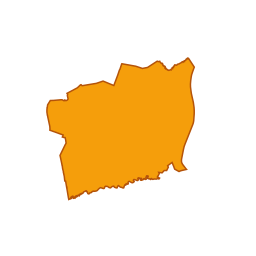 Dobeles pag., Dobele, Latvia (Albers equal-area conic projection), rotated 324°
{"feature_id": "27541924B40989782476416", "entity_name": "Dobeles pag.", "entity_type": "district", "adm_level": 2, "iso_a3": "LVA", "parent_name": "Latvia", "parent_adm1": "Dobele", "projection": "albers", "projection_center": [23.259, 56.68], "detail": "fine", "context": "isolated", "style": "filled", "palette": "amber", "viewbox_px": 256, "rotation_deg": 324, "n_neighbors": 0, "source": "geoboundaries", "source_scale": "gbopen_adm2", "svg_char_len": 5486}
<svg xmlns="http://www.w3.org/2000/svg" viewBox="0 0 256 256"><g transform="rotate(324 128 128)"><path d="M160.8,72.4L160.5,72.5L155.9,75.8L155.1,76.1L150.9,79.1L141.5,85.3L135.4,75.4L128.4,73.2L127.7,72.8L115.7,66.8L115.5,65.5L114.8,65.4L114.8,65.2L113.5,65.3L112.7,65.5L110.5,65.7L99.0,64.1L98.9,65.4L98.0,66.1L96.6,69.3L95.5,69.7L94.7,69.6L93.8,69.4L93.4,68.2L92.3,68.4L91.3,66.5L90.6,65.9L84.1,62.0L81.3,60.1L76.6,62.0L74.5,64.2L74.4,64.1L73.8,64.8L73.2,65.5L71.8,67.4L70.3,70.2L70.4,70.3L69.7,71.7L65.7,80.7L64.6,82.5L63.5,83.9L71.4,95.5L70.7,96.1L69.6,96.7L70.6,98.1L71.5,98.8L70.6,100.9L69.0,103.9L67.4,104.6L56.9,110.2L53.5,117.8L52.6,119.7L52.7,119.8L51.5,121.9L50.8,123.5L50.0,125.5L49.8,125.6L48.0,129.7L45.7,133.7L46.3,134.3L43.5,139.9L43.7,140.0L43.4,140.5L43.3,140.4L38.8,149.4L38.1,151.0L39.0,151.1L38.9,151.2L39.8,151.5L40.1,151.4L40.5,151.6L40.7,151.2L40.7,150.8L40.8,150.7L41.0,150.7L41.0,150.9L41.1,151.1L41.4,150.5L41.7,150.4L41.8,150.5L41.9,150.8L42.2,151.0L42.6,150.9L42.7,150.6L42.8,150.5L43.2,150.6L43.4,150.8L43.4,151.0L42.6,151.2L42.4,151.5L42.4,152.0L42.6,152.3L42.5,152.8L42.8,153.0L43.6,153.1L43.9,153.6L44.2,153.4L44.3,153.1L44.1,152.8L44.1,152.5L44.9,152.5L45.3,153.0L45.3,153.3L45.7,153.5L45.8,153.5L45.8,153.3L45.6,152.7L45.8,152.4L46.2,152.4L46.3,152.5L46.7,152.6L46.9,153.3L47.0,153.5L47.4,153.4L47.5,153.3L47.4,153.3L47.1,153.2L47.3,153.0L47.8,153.1L48.0,153.3L48.2,153.2L48.3,153.4L48.6,153.6L48.6,154.2L49.3,154.0L49.6,153.4L49.8,153.2L50.1,153.3L50.2,153.5L50.6,153.5L50.7,153.8L51.1,153.5L51.3,153.9L51.6,153.9L51.7,154.1L52.1,154.1L52.5,153.8L52.7,154.1L52.8,154.2L53.5,154.2L54.1,153.8L54.7,153.7L56.3,154.0L56.8,154.0L57.3,154.2L57.4,154.4L57.0,154.9L57.0,155.1L57.5,155.6L57.3,156.4L57.0,157.2L57.0,157.5L57.2,158.0L57.8,158.3L58.1,158.4L58.6,158.0L58.8,158.0L60.0,158.6L60.7,158.6L61.5,158.4L62.2,158.5L62.3,158.7L63.0,158.8L63.4,159.3L64.4,159.9L65.6,160.4L66.4,160.5L67.8,160.2L69.2,160.0L70.6,160.1L70.9,160.3L72.3,162.3L72.9,162.8L73.2,162.8L73.8,162.6L74.8,161.9L75.4,161.9L75.7,162.0L77.0,163.2L77.3,163.8L77.7,165.1L78.6,166.1L79.0,166.2L79.8,166.0L80.7,166.0L81.8,166.4L82.3,166.7L82.2,167.9L82.3,168.1L82.5,168.4L83.1,169.3L83.7,169.9L84.1,170.0L84.8,169.4L85.5,169.0L85.9,169.1L86.3,168.9L86.5,169.0L86.6,169.7L87.1,171.4L87.9,172.2L88.4,173.2L89.2,173.9L89.5,173.9L90.3,173.1L91.5,172.5L91.9,172.2L92.4,172.3L92.6,172.8L93.0,172.8L93.2,172.7L93.4,172.2L93.5,172.1L93.8,172.0L94.5,173.0L94.8,173.3L95.4,173.3L95.5,173.2L95.7,172.6L95.9,172.2L96.8,171.7L97.5,171.8L97.8,172.1L98.9,174.4L99.4,174.9L99.9,175.1L101.1,175.1L101.5,175.0L101.6,174.7L101.5,173.6L101.6,173.4L102.3,173.1L102.6,173.2L103.0,173.6L103.7,174.5L104.2,175.5L104.5,175.8L104.8,176.1L105.1,176.2L105.6,176.1L105.8,176.0L106.1,175.5L106.2,174.7L106.4,174.5L106.7,174.4L107.5,174.6L107.7,174.9L107.5,175.5L109.1,176.4L109.2,176.6L109.2,177.0L108.7,177.3L108.4,177.3L107.9,177.0L107.6,177.0L107.5,177.4L107.7,177.8L108.3,178.3L108.7,178.4L109.1,178.3L109.5,178.6L110.1,178.7L110.7,178.3L111.0,178.3L111.4,178.5L111.6,178.7L111.7,178.9L111.5,179.4L111.7,179.7L112.2,180.0L112.9,180.1L113.3,180.0L113.5,179.7L113.5,179.4L113.3,178.9L113.3,178.7L113.7,178.4L114.3,178.1L114.8,177.7L115.1,177.7L115.9,178.4L116.0,178.7L115.8,179.1L115.3,179.1L115.0,179.3L114.6,180.3L114.6,180.7L115.0,181.5L115.5,181.7L115.7,181.9L115.8,182.6L116.1,183.0L116.4,183.0L116.8,182.5L117.1,182.5L117.4,182.8L117.4,183.2L117.6,183.8L117.9,184.2L119.1,184.6L120.9,186.0L121.8,186.3L123.1,186.2L123.2,186.4L123.2,186.6L122.9,186.9L122.8,187.0L123.0,187.4L123.4,187.4L124.1,187.1L123.0,184.9L125.5,183.8L126.5,183.2L126.8,182.8L126.7,182.6L126.8,182.0L129.2,184.3L132.3,183.7L134.3,185.1L137.6,183.4L137.9,181.8L143.4,181.8L142.5,185.5L141.6,188.7L142.5,190.7L143.7,193.2L145.2,193.5L146.8,194.1L151.0,195.9L150.9,194.7L150.8,189.4L151.1,187.6L151.6,186.5L152.4,185.4L153.1,184.6L160.2,178.0L162.5,176.0L164.7,174.5L182.4,163.3L183.9,162.2L185.3,160.9L190.0,155.3L191.9,152.7L193.5,150.2L195.9,145.7L199.5,137.4L200.7,135.1L202.7,131.5L204.3,129.2L206.6,126.5L209.2,123.8L210.8,122.3L214.0,120.0L217.4,117.7L217.9,107.3L217.4,107.3L217.4,107.2L217.2,107.1L217.3,106.9L217.3,106.5L217.2,106.4L216.6,106.6L216.1,106.8L215.8,106.5L215.2,106.6L214.8,107.0L214.4,107.1L214.1,107.1L213.8,106.9L213.5,106.9L213.1,106.7L212.8,106.7L212.6,107.3L212.3,107.1L212.1,107.0L211.4,107.1L211.5,106.8L211.4,106.6L211.1,106.4L210.3,106.3L209.1,106.4L207.5,106.1L206.8,106.1L206.3,105.8L205.4,105.5L204.4,105.8L204.1,105.7L203.3,104.7L202.9,104.4L202.4,104.6L202.2,104.9L201.4,104.9L201.1,105.3L200.7,105.2L200.4,105.3L200.5,105.5L200.4,105.6L200.2,105.4L199.7,105.6L199.4,105.4L199.4,105.2L199.2,105.2L199.1,105.5L198.9,105.6L198.7,105.9L198.7,106.1L198.4,106.0L198.1,105.8L197.3,105.8L197.0,105.9L196.9,106.2L196.6,105.9L195.7,105.6L195.2,105.5L194.9,105.4L194.7,105.2L194.5,104.5L194.0,104.2L194.1,103.8L194.0,103.6L194.0,103.3L194.0,103.2L193.6,102.7L193.8,102.2L193.8,101.8L193.5,101.5L193.2,101.7L193.2,101.3L193.1,101.1L193.3,100.9L193.8,101.1L193.9,100.7L194.1,100.4L194.1,100.0L194.0,99.9L194.0,99.6L193.6,99.3L193.6,99.2L193.4,99.1L193.3,98.9L193.5,98.6L193.4,98.5L193.2,98.5L193.1,98.4L193.2,98.2L193.1,97.9L193.3,97.7L193.3,97.3L193.5,97.2L193.7,96.8L193.6,96.5L193.7,96.2L193.6,95.9L193.6,95.7L193.4,95.7L193.0,95.6L192.9,95.5L192.9,94.5L192.7,93.9L192.7,93.6L192.9,92.7L191.5,92.1L190.9,91.1L179.4,90.5L174.7,88.3L170.6,82.6L160.8,72.4Z" fill="#f59e0b" stroke="#b45309" stroke-width="1.5"/></g></svg>